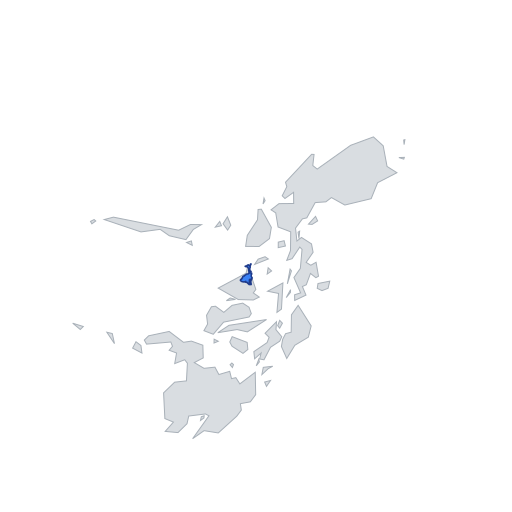 location of Aklan, Aklan, Philippines, rotated 55°
{"feature_id": "2640588B21218366338371", "entity_name": "Aklan", "entity_type": "district", "adm_level": 2, "iso_a3": "PHL", "parent_name": "Philippines", "parent_adm1": "Aklan", "projection": "mercator", "projection_center": [122.331, 11.655], "detail": "fine", "context": "in_parent", "style": "filled", "palette": "blue", "viewbox_px": 512, "rotation_deg": 55, "n_neighbors": 0, "source": "geoboundaries", "source_scale": "gbopen_adm2", "svg_char_len": 7655}
<svg xmlns="http://www.w3.org/2000/svg" viewBox="0 0 512 512"><g transform="rotate(55 256 256)"><path d="M238.7,88.6L257.8,97.3L268.6,92.8L265.7,114.3L275.1,128.8L265.2,154.0L251.4,160.7L251.7,167.7L246.2,176.9L253.9,192.5L252.2,196.7L255.8,207.6L267.2,213.9L266.9,208.1L277.9,203.6L285.7,207.1L290.0,218.6L295.0,216.4L295.6,210.4L308.4,216.4L308.1,219.4L301.5,221.4L308.4,231.3L307.6,235.5L316.7,237.5L314.6,249.8L309.9,246.6L311.8,240.6L295.4,237.3L291.6,226.8L277.0,214.5L273.8,215.0L278.9,228.0L277.2,233.3L271.4,224.7L256.1,213.7L244.9,221.3L232.0,215.1L226.8,217.2L226.3,207.1L234.6,195.0L225.4,188.7L225.5,199.3L221.7,200.0L216.9,191.0L212.5,189.5L204.6,152.1L206.1,150.2L214.5,157.6L219.9,156.0L219.6,115.0L225.8,91.5L238.7,88.6ZM350.8,323.3L369.4,335.8L372.2,344.3L368.0,353.5L373.8,356.4L376.2,363.7L379.3,388.4L369.3,398.7L369.3,412.7L359.9,386.2L356.4,388.0L348.5,402.9L353.8,408.7L355.9,421.2L347.6,431.0L344.7,418.9L336.9,423.9L315.1,410.2L312.7,395.0L318.4,384.6L304.5,373.7L300.1,373.9L297.5,384.3L289.9,376.7L283.4,381.2L282.1,376.2L277.6,375.1L265.4,396.2L260.8,395.7L259.8,389.7L268.0,370.4L285.1,364.9L288.7,357.7L298.6,350.7L309.2,357.7L307.9,367.7L318.2,363.0L323.5,353.4L331.8,354.4L335.4,343.7L342.4,346.4L344.1,342.3L351.5,342.6L350.8,323.3ZM295.6,335.9L287.3,341.5L284.0,334.7L276.2,330.5L272.0,321.6L273.9,318.0L283.7,314.7L282.7,303.9L287.0,293.9L294.0,291.1L300.5,292.9L302.0,296.6L291.6,320.5L295.6,335.9ZM344.9,250.9L352.5,259.7L351.4,275.4L357.6,289.6L344.7,287.1L339.6,282.0L336.6,276.3L338.6,270.9L324.5,260.7L320.6,249.8L344.9,250.9ZM259.6,268.5L283.3,275.3L284.7,279.4L291.5,276.9L290.5,283.4L281.5,295.5L260.6,305.4L264.4,274.1L259.6,268.5ZM170.3,336.4L139.1,359.4L142.4,350.5L190.5,304.6L192.6,291.6L199.0,282.7L198.3,292.1L202.4,304.0L189.7,315.4L179.2,319.2L170.3,336.4ZM220.7,224.8L241.3,227.0L249.5,235.0L250.0,248.0L242.2,259.0L234.1,251.3L227.2,234.0L219.1,227.6L220.7,224.8ZM327.8,281.9L336.9,281.2L339.4,285.4L339.1,296.5L345.6,309.0L342.4,312.1L338.4,307.4L339.4,316.1L333.1,312.6L333.3,296.6L330.1,291.9L324.5,292.9L321.6,276.9L327.8,281.9ZM296.9,331.3L297.3,317.9L314.1,283.8L313.2,306.6L305.4,313.7L296.9,331.3ZM328.3,322.5L316.2,327.4L311.4,326.8L308.4,321.8L321.7,312.8L327.9,316.3L328.3,322.5ZM293.5,249.4L314.1,265.6L314.2,271.2L299.6,259.0L291.5,266.7L293.5,249.4ZM322.2,221.8L317.6,224.4L314.1,221.0L318.9,210.0L323.8,215.5L322.2,221.8ZM270.1,405.1L260.7,409.9L257.4,403.5L263.3,401.6L270.1,405.1ZM207.5,256.9L216.3,259.0L218.5,264.4L210.7,264.5L207.5,256.9ZM259.6,224.2L264.7,226.2L261.9,233.0L257.4,229.8L259.6,224.2ZM237.1,418.2L246.6,422.2L232.9,421.9L237.1,418.2ZM356.5,319.2L351.4,313.9L355.9,305.5L355.3,310.6L356.5,319.2ZM265.5,247.6L262.1,262.0L259.8,256.0L261.8,249.0L265.5,247.6ZM214.7,437.9L215.4,442.1L205.9,444.7L214.7,437.9ZM262.6,185.4L262.3,191.9L260.0,194.7L257.7,184.5L262.6,185.4ZM279.8,297.7L275.6,305.9L275.6,301.2L279.8,297.7ZM211.4,266.9L209.0,272.8L206.9,265.9L211.4,266.9ZM328.7,278.0L325.5,278.2L322.3,273.5L326.2,272.9L328.7,278.0ZM277.2,251.8L277.2,257.2L272.6,252.8L277.2,251.8ZM368.8,322.2L364.2,321.2L366.3,315.5L368.8,322.2ZM288.5,235.5L296.8,246.3L286.3,235.6L288.5,235.5ZM210.7,302.1L205.1,305.1L206.6,300.3L210.7,302.1ZM304.2,335.8L303.2,340.3L300.1,338.0L304.2,335.8ZM305.6,248.7L307.4,255.1L303.4,247.0L305.6,248.7ZM135.5,372.0L132.7,371.7L133.3,367.7L135.4,367.2L135.5,372.0ZM333.8,339.3L330.2,339.6L329.8,337.2L332.0,336.7L333.8,339.3ZM358.9,395.8L356.3,393.0L357.1,390.1L358.8,391.5L358.9,395.8ZM215.9,216.8L217.4,220.4L213.1,216.2L215.9,216.8ZM344.7,314.0L346.1,318.8L342.2,313.0L344.7,314.0ZM261.4,79.4L257.3,82.5L260.3,77.9L261.4,79.4ZM266.3,210.8L260.6,207.9L260.7,206.0L266.3,210.8ZM246.1,67.3L249.7,70.8L245.7,68.5L246.1,67.3Z" fill="#d9dde1" stroke="#a8b0b8" stroke-width="1"/><path d="M276.6,276.4L276.4,276.1L276.0,275.9L275.8,275.8L275.5,275.8L275.3,275.7L274.8,275.4L274.5,275.3L274.4,275.4L274.5,275.4L274.5,275.5L274.4,275.5L274.5,275.6L274.5,275.8L274.4,276.0L274.2,276.2L274.3,276.2L274.2,276.2L274.3,276.2L274.3,276.3L274.1,276.3L273.8,276.4L273.8,276.5L273.8,276.4L273.7,276.5L273.6,276.4L273.6,276.5L273.4,276.4L273.4,276.5L273.4,276.4L273.2,276.1L273.1,275.8L273.1,275.7L273.2,275.8L273.3,275.7L273.4,275.8L273.6,275.7L273.7,275.9L273.9,276.0L274.0,276.1L273.9,276.1L274.0,276.2L274.3,276.0L274.3,275.9L274.2,275.9L274.0,275.7L274.0,275.8L274.0,275.7L273.8,275.6L273.7,275.4L273.8,275.2L273.5,275.2L273.3,275.0L273.2,275.0L273.1,275.4L273.0,275.2L272.9,275.3L272.7,275.3L272.5,275.2L272.6,275.3L272.8,275.1L272.8,274.9L272.6,274.9L272.7,274.7L272.4,274.8L272.4,274.7L272.3,274.4L272.2,274.3L272.0,274.2L272.3,274.0L272.3,273.8L272.2,273.8L272.2,273.7L272.3,273.7L272.4,273.8L272.5,273.7L272.5,273.9L272.8,273.9L272.9,274.2L273.0,274.3L273.2,274.5L273.3,274.6L273.6,274.8L273.9,275.0L273.9,274.9L273.9,275.0L274.0,275.0L274.1,275.3L274.3,275.4L274.3,275.2L273.5,274.4L272.6,273.5L272.0,272.8L271.8,272.4L271.8,272.2L271.8,271.9L271.6,271.9L271.9,272.0L271.9,272.3L271.9,272.1L271.8,271.8L271.7,271.7L271.4,271.6L271.2,271.6L270.6,271.6L270.4,271.6L270.2,271.7L269.7,271.4L269.1,271.0L268.6,270.6L268.4,270.3L268.4,270.2L268.0,270.3L267.9,270.3L267.6,270.1L267.5,269.9L267.5,269.6L267.2,269.8L266.8,269.8L266.4,269.5L266.3,269.4L266.3,269.5L266.1,269.4L266.1,269.5L266.0,269.3L265.7,269.3L265.3,269.3L264.4,269.2L264.0,269.1L263.1,268.5L262.7,268.2L262.3,267.8L262.2,267.5L261.8,267.1L261.7,267.0L261.3,267.0L261.1,266.8L261.0,266.7L260.7,266.4L260.5,266.6L260.4,266.6L260.5,266.6L260.4,266.9L259.6,267.3L259.2,267.3L258.9,267.3L258.8,267.6L258.7,267.7L258.8,268.0L258.7,268.2L258.7,268.3L258.8,268.5L258.9,269.0L258.7,269.1L258.8,269.3L258.7,269.5L258.5,270.0L258.3,270.3L258.2,270.5L257.7,270.9L258.6,270.7L259.0,270.0L259.1,269.9L259.3,270.0L259.5,269.8L260.1,269.4L260.4,269.3L260.9,269.3L261.5,269.2L261.9,269.3L262.3,269.5L263.4,270.1L263.7,270.4L264.1,270.6L264.4,270.5L264.6,270.5L264.8,270.7L265.0,270.9L265.1,271.0L265.4,270.9L265.8,271.1L265.7,271.4L265.8,271.5L266.1,271.7L266.1,271.9L266.2,272.2L266.1,272.5L266.2,272.4L266.2,272.7L266.1,273.0L265.5,273.7L265.4,274.1L265.4,274.4L265.4,274.7L265.5,275.1L265.6,275.3L265.4,275.7L265.3,276.3L265.7,277.0L265.5,277.3L265.2,277.7L265.2,277.9L265.2,278.5L265.9,279.3L266.0,279.4L266.1,279.7L266.1,280.4L266.5,280.5L266.7,281.1L266.7,281.4L266.6,281.5L266.4,281.9L266.4,282.0L266.5,282.2L266.7,282.5L266.9,282.7L267.3,282.8L268.1,282.6L268.8,282.3L269.4,281.8L269.6,281.5L270.0,281.2L270.2,280.8L270.4,280.7L270.5,280.4L270.6,280.2L270.8,279.3L271.3,279.7L271.8,279.3L271.8,279.1L272.0,279.0L272.0,278.7L272.4,278.4L272.7,278.4L273.0,278.5L273.4,278.4L273.9,278.4L274.1,278.3L274.2,278.1L274.3,278.2L274.7,278.2L274.9,278.1L275.4,278.0L275.3,277.8L275.4,277.7L275.4,277.3L275.5,276.9L275.9,276.9L276.0,276.8L276.0,276.7L276.5,276.7L276.6,276.4ZM259.5,265.3L259.8,265.7L260.0,266.0L260.0,266.3L260.3,266.3L260.4,266.1L260.5,266.1L260.4,266.0L260.4,265.9L260.2,265.9L260.1,265.7L259.9,265.5L260.0,265.3L260.0,265.2L259.9,265.2L259.9,264.9L259.7,264.7L259.4,265.0L259.5,265.3ZM272.8,273.9L272.5,274.0L272.7,274.3L272.8,274.3L272.8,274.5L273.0,274.7L273.2,274.8L273.3,274.8L273.5,275.0L273.5,274.9L273.2,274.6L273.0,274.4L272.8,274.3L272.8,273.9ZM273.0,274.8L272.9,274.8L272.8,275.1L273.0,275.0L273.2,274.9L273.0,274.8ZM272.8,274.5L272.6,274.6L272.8,274.7L272.7,274.8L272.8,274.8L273.0,274.8L272.8,274.5ZM272.1,274.0L272.0,274.3L272.2,274.2L272.4,274.2L272.1,274.0ZM272.5,274.4L272.4,274.4L272.3,274.5L272.5,274.7L272.5,274.4ZM272.8,274.3L272.5,274.3L272.6,274.5L272.8,274.5L272.8,274.3ZM272.4,273.8L272.5,273.9L272.4,273.8Z" fill="#3b82f6" stroke="#1e3a8a" stroke-width="1.5"/></g></svg>